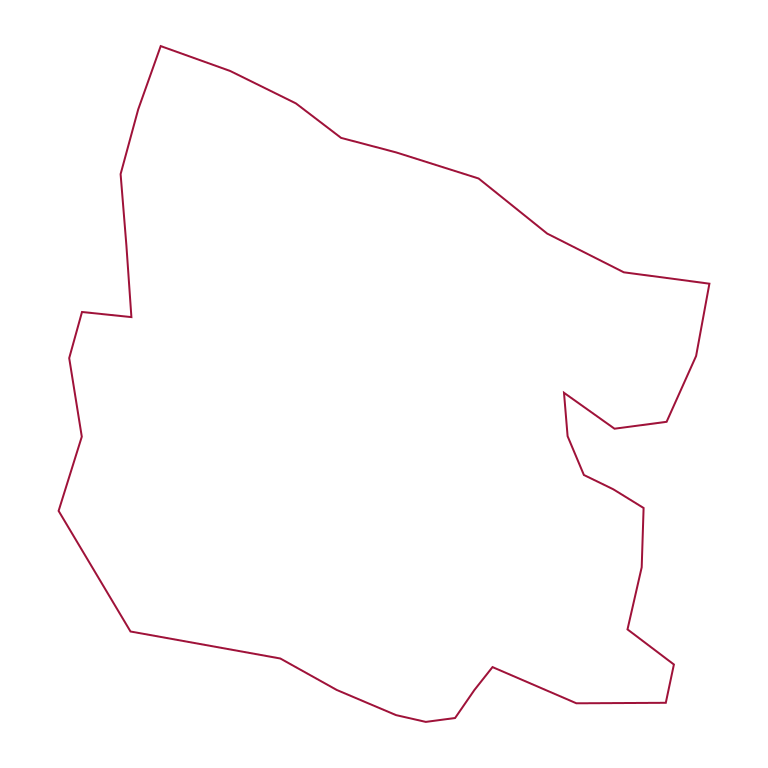 the border of Valverde
{"feature_id": "DOM-1392", "entity_name": "Valverde", "entity_type": "Province", "adm_level": 1, "iso_a3": "DOM", "parent_name": "Dominican Republic", "parent_adm1": "", "projection": "mercator", "projection_center": [-71.013, 19.595], "detail": "fine", "context": "isolated", "style": "outline", "palette": "rose", "viewbox_px": 768, "rotation_deg": 0, "n_neighbors": 0, "source": "natural_earth", "source_scale": "10m", "svg_char_len": 589}
<svg xmlns="http://www.w3.org/2000/svg" viewBox="0 0 768 768"><path d="M131.4,317.1L126.4,245.5L120.6,174.1L138.2,109.4L160.7,46.1L230.2,71.0L295.9,103.4L341.1,137.9L396.1,152.4L478.6,178.5L547.2,233.6L623.8,272.3L709.4,283.7L696.1,356.0L666.6,421.8L614.5,428.7L564.0,392.8L567.6,436.2L583.9,475.0L613.3,489.3L643.6,508.0L641.7,567.3L627.5,629.4L673.9,664.5L665.8,702.8L576.4,703.3L492.5,667.1L474.4,690.0L455.1,718.0L425.8,721.9L396.0,715.1L336.8,690.0L280.3,658.5L130.5,631.5L58.6,510.9L81.8,436.7L69.2,358.1L82.0,312.0L131.4,317.1Z" fill="none" stroke="#9f1239" stroke-width="2"/></svg>